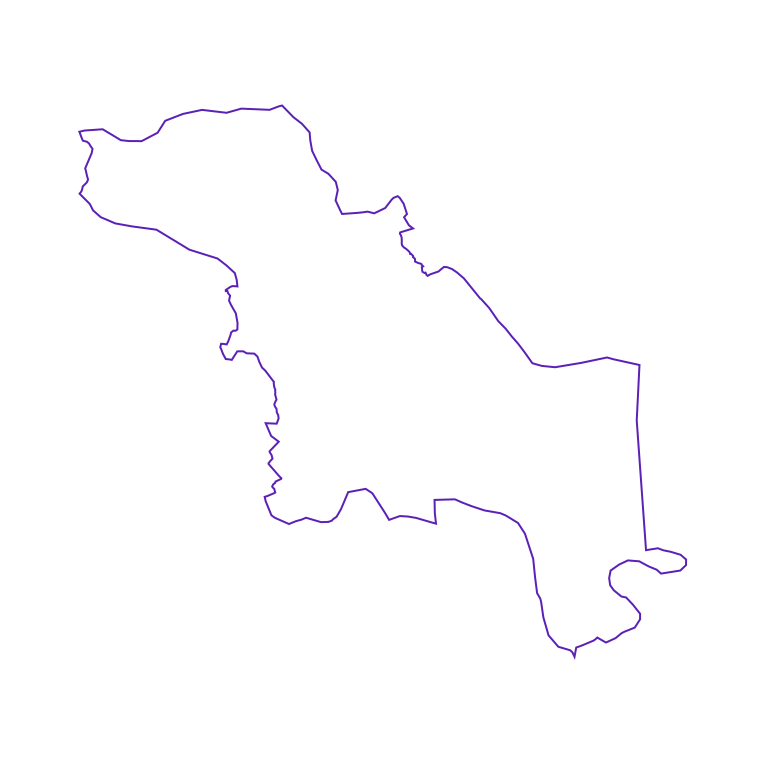 outline of Zuru, Kebbi, Nigeria, rotated 261°
{"feature_id": "59680162B28239494939120", "entity_name": "Zuru", "entity_type": "district", "adm_level": 2, "iso_a3": "NGA", "parent_name": "Nigeria", "parent_adm1": "Kebbi", "projection": "albers", "projection_center": [5.264, 11.439], "detail": "fine", "context": "isolated", "style": "outline", "palette": "violet", "viewbox_px": 768, "rotation_deg": 261, "n_neighbors": 0, "source": "geoboundaries", "source_scale": "gbopen_adm2", "svg_char_len": 4029}
<svg xmlns="http://www.w3.org/2000/svg" viewBox="0 0 768 768"><g transform="rotate(261 384 384)"><path d="M567.4,426.8L566.3,422.4L564.7,420.2L557.6,412.7L554.1,401.0L556.8,394.8L556.9,389.2L557.2,384.2L558.5,369.2L562.8,367.8L572.9,364.9L582.8,368.7L591.2,368.0L600.3,362.0L605.5,355.8L615.3,352.6L625.5,349.5L636.2,349.3L644.1,349.9L653.8,343.7L661.8,336.2L675.0,326.9L674.7,323.6L672.7,313.9L678.3,286.1L676.5,270.9L683.2,247.2L682.2,227.6L678.2,209.1L667.6,199.7L661.8,182.6L663.9,169.9L666.0,162.2L679.6,146.0L681.2,127.9L680.8,122.6L680.4,122.7L675.7,123.6L671.5,124.6L670.9,125.8L669.8,128.4L669.6,128.6L667.7,130.3L665.1,131.3L661.8,132.9L657.8,131.4L643.7,122.6L641.3,122.9L636.1,123.2L632.3,123.7L629.8,122.2L628.4,120.4L626.3,117.4L623.0,116.1L621.3,115.0L619.6,113.1L607.8,121.6L601.0,123.8L593.1,130.3L584.7,143.6L579.2,159.4L572.0,183.4L547.1,212.8L534.0,239.2L530.7,242.3L525.6,247.1L516.9,254.0L509.9,254.8L503.3,254.5L503.7,253.0L504.3,250.3L504.3,248.7L503.7,246.9L501.6,242.4L500.5,242.3L500.3,243.9L498.0,244.2L495.4,245.8L490.5,244.0L485.7,245.4L477.0,248.7L467.3,248.9L460.8,247.7L459.8,245.7L460.3,243.6L458.8,241.1L456.1,239.9L450.8,237.0L447.7,234.8L448.6,232.1L448.9,230.7L449.2,229.4L445.8,228.0L443.8,228.7L441.4,229.1L438.2,229.9L433.4,231.6L432.8,234.0L432.2,236.0L431.6,237.4L439.2,244.2L438.3,250.1L435.8,253.2L434.3,260.6L430.9,263.3L425.3,264.3L419.3,266.1L415.8,268.8L405.6,274.3L403.3,275.6L402.2,275.2L398.9,275.1L397.0,275.3L395.6,275.8L394.1,275.4L392.3,275.3L390.7,274.8L385.3,275.4L384.1,274.3L381.2,272.5L380.1,272.5L378.9,272.8L377.6,273.3L376.5,273.9L375.4,273.9L374.3,273.8L372.9,273.7L371.2,274.1L370.2,274.6L368.8,274.6L366.4,274.5L361.6,271.8L363.8,261.0L350.3,264.4L343.5,271.0L335.4,260.4L334.2,260.6L331.6,261.8L327.7,262.2L325.9,259.8L323.9,257.7L323.2,257.4L310.9,265.1L309.8,265.8L309.1,266.3L308.1,267.0L307.0,267.9L306.3,267.5L304.6,261.6L303.3,261.0L303.0,260.3L302.2,258.9L300.3,257.5L299.2,257.9L297.6,259.2L296.2,259.3L293.8,259.6L293.2,257.7L292.7,255.8L291.6,251.3L291.2,248.5L286.7,248.8L271.9,252.3L268.9,255.3L260.6,268.2L262.3,275.6L262.9,281.2L264.1,286.1L257.4,300.2L256.5,307.6L256.9,309.6L257.2,311.2L258.3,312.3L260.3,316.4L267.2,322.0L282.8,331.7L283.3,349.5L277.9,355.4L269.7,359.0L257.3,364.5L251.8,366.7L249.0,367.8L251.1,379.0L249.3,387.1L246.7,394.8L237.9,413.5L242.2,413.7L248.6,414.0L261.6,415.8L259.0,436.0L254.5,443.0L249.8,451.1L243.4,463.5L238.2,478.7L235.0,483.8L225.8,494.6L214.1,499.8L188.0,504.0L169.8,503.0L153.5,502.5L147.5,504.8L144.1,505.1L128.6,504.9L110.0,507.2L97.2,515.1L91.9,526.2L89.5,528.1L84.8,529.5L93.6,532.6L94.9,539.2L97.8,550.9L98.8,552.9L100.2,555.0L99.3,556.1L94.0,562.7L94.0,562.8L94.0,563.1L96.8,573.0L100.7,579.6L101.7,582.7L104.2,593.6L111.5,600.1L117.0,601.0L127.0,595.4L134.9,590.0L135.2,589.9L136.6,586.2L137.0,585.2L144.3,578.7L149.8,575.9L157.1,576.0L164.4,578.7L164.5,579.1L168.9,588.0L171.6,597.3L168.9,608.5L168.3,609.2L162.5,616.8L157.9,624.3L153.4,628.0L153.4,628.7L153.4,638.2L153.4,647.5L157.9,654.0L163.4,654.9L168.7,650.4L168.9,650.3L173.4,641.0L176.1,633.8L176.2,633.6L178.2,630.1L178.9,628.9L178.9,626.9L178.9,623.3L178.9,618.2L178.9,616.8L308.4,627.9L362.8,639.3L372.7,614.1L375.3,608.5L374.0,581.8L373.8,555.6L377.2,542.7L381.3,533.8L393.6,527.7L402.8,522.8L410.7,517.8L419.6,512.8L428.4,506.6L442.6,499.8L452.9,493.1L453.4,492.4L475.9,479.4L482.8,473.5L486.8,469.3L489.5,464.7L490.2,461.5L488.3,458.2L486.6,455.4L485.1,446.9L484.0,444.0L485.3,442.9L486.1,442.9L487.5,442.4L487.3,441.4L488.7,439.6L490.3,439.4L491.9,439.6L493.5,439.6L494.1,441.1L494.8,440.6L495.6,439.9L496.5,439.8L497.2,438.9L498.1,436.8L500.1,433.8L501.6,434.1L502.9,434.1L504.8,432.5L505.6,432.9L506.5,432.4L508.3,431.1L508.3,430.2L509.8,430.1L511.6,429.0L512.9,427.9L514.0,427.0L515.9,424.9L518.2,423.5L520.3,423.5L522.2,423.9L524.4,424.2L526.3,424.3L528.5,423.9L529.9,423.2L531.2,423.7L533.1,437.0L536.9,433.4L545.6,429.9L548.3,433.3L559.0,431.6L565.3,428.7L567.4,426.8Z" fill="none" stroke="#5b21b6" stroke-width="2"/></g></svg>